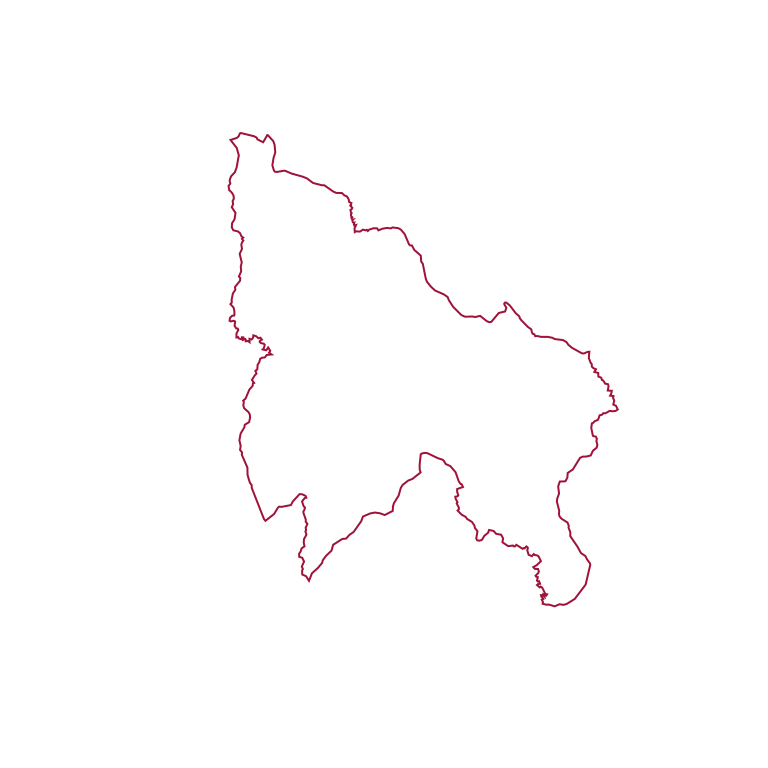 Villa Caro, Norte de Santander, Colombia, rotated 142°
{"feature_id": "7082276B29990655239758", "entity_name": "Villa Caro", "entity_type": "district", "adm_level": 2, "iso_a3": "COL", "parent_name": "Colombia", "parent_adm1": "Norte de Santander", "projection": "orthographic", "projection_center": [-72.976, 7.933], "detail": "fine", "context": "isolated", "style": "outline", "palette": "rose", "viewbox_px": 768, "rotation_deg": 142, "n_neighbors": 0, "source": "geoboundaries", "source_scale": "gbopen_adm2", "svg_char_len": 6163}
<svg xmlns="http://www.w3.org/2000/svg" viewBox="0 0 768 768"><g transform="rotate(142 384 384)"><path d="M275.7,495.3L276.8,498.0L280.9,502.1L282.8,502.4L285.6,505.2L289.8,507.4L293.8,508.5L293.6,510.9L296.4,513.2L300.8,514.8L302.5,514.5L302.6,516.1L303.7,516.2L305.6,518.6L309.1,518.9L312.0,521.5L313.5,521.7L311.4,524.8L308.1,526.5L309.8,527.2L309.5,528.3L308.0,529.4L308.8,529.7L308.9,530.9L308.1,532.5L307.2,532.6L307.8,532.9L307.5,534.8L306.3,534.9L306.6,536.3L305.7,537.9L304.3,538.6L304.5,539.4L303.2,541.9L302.1,541.6L300.5,542.3L300.7,544.1L300.1,544.8L300.6,545.4L298.3,546.6L299.4,549.0L298.2,551.0L297.7,554.5L299.1,557.1L299.6,560.4L304.0,564.0L305.6,567.1L308.7,577.4L310.5,578.8L316.1,586.0L318.2,593.6L320.6,597.7L327.1,606.5L330.9,613.3L337.8,617.0L339.3,618.5L339.3,620.0L337.3,625.1L331.8,630.2L327.1,633.4L322.9,640.0L321.7,643.6L322.3,651.5L322.7,652.0L330.4,648.9L333.1,654.6L332.7,656.6L333.9,659.3L342.2,669.8L343.3,670.2L346.0,668.7L348.3,668.5L354.7,670.8L354.7,660.7L357.6,653.6L366.8,645.4L371.1,642.7L376.7,641.8L380.3,639.5L381.7,636.6L384.6,635.7L386.6,632.2L386.1,628.5L386.5,625.2L388.3,622.4L390.6,621.4L392.3,618.5L395.1,617.1L395.7,610.2L400.4,605.8L404.8,604.2L407.5,601.1L408.1,597.9L405.2,594.2L404.6,591.5L405.4,588.0L404.8,586.0L406.6,585.8L406.6,583.6L408.7,583.0L410.7,581.6L412.7,577.9L417.6,575.4L421.3,567.3L424.5,564.8L427.2,560.7L432.2,558.0L432.0,556.0L433.9,554.0L441.7,552.2L443.1,549.8L447.3,548.4L452.0,544.4L453.9,541.8L455.8,541.5L455.5,536.9L456.8,533.9L459.2,530.6L460.0,530.2L461.6,531.3L464.7,530.9L466.8,528.9L466.3,527.7L463.4,526.3L462.8,524.9L465.9,521.9L466.2,518.8L465.1,517.6L465.5,516.3L469.2,514.6L471.6,511.5L470.1,510.9L470.4,509.4L468.6,506.7L467.2,508.3L466.1,507.3L467.7,505.5L465.7,505.1L465.6,504.2L466.7,502.8L464.7,501.6L464.2,499.7L462.2,502.4L461.0,500.6L458.7,501.0L457.0,502.8L455.3,500.3L454.8,497.4L452.9,496.6L452.9,494.1L455.1,494.4L456.0,493.8L455.9,492.2L453.9,489.7L453.9,488.2L456.7,486.2L458.3,485.9L456.1,483.1L452.8,484.1L453.2,480.2L455.3,479.5L454.4,476.5L458.6,479.1L461.5,478.3L464.0,479.8L466.0,480.1L468.8,478.0L471.7,477.0L474.9,473.5L477.2,473.6L478.1,470.7L480.8,470.3L485.6,468.5L485.7,464.8L487.0,465.2L488.6,463.4L493.5,462.5L502.1,457.7L505.2,457.6L505.5,456.2L508.2,453.5L509.1,451.1L508.1,445.2L508.6,442.4L510.2,440.0L513.7,437.0L518.8,437.6L520.6,435.9L527.5,433.2L532.6,428.7L535.1,423.4L538.0,420.7L538.0,417.5L539.6,415.8L543.1,402.2L547.4,396.5L549.2,392.2L550.5,388.6L550.5,385.9L552.2,383.5L561.7,351.6L561.7,349.2L550.7,349.2L543.9,351.8L542.1,351.9L540.3,350.2L531.9,345.9L528.1,347.6L518.3,349.2L516.4,347.5L514.7,344.2L515.2,342.2L516.8,342.9L520.9,341.9L522.6,337.1L522.3,335.4L523.7,334.1L526.1,333.1L526.9,331.9L529.1,325.3L530.5,323.6L530.5,320.9L534.3,318.9L535.3,316.8L536.6,316.3L537.9,313.0L542.6,311.0L544.9,308.4L546.6,305.0L550.1,305.2L552.9,303.3L555.3,302.6L557.2,300.1L555.4,297.4L556.3,293.3L561.2,290.7L561.8,288.2L563.5,287.3L565.7,284.2L563.7,280.4L564.3,275.1L557.3,279.2L549.5,279.7L542.9,281.1L540.8,282.8L535.3,284.3L528.0,285.0L523.0,288.6L512.3,287.6L509.0,285.5L504.2,286.4L499.0,286.1L486.4,289.9L482.2,292.5L474.8,290.6L470.3,288.3L466.7,284.5L464.1,280.3L455.3,278.6L452.2,282.1L449.5,284.0L441.1,287.1L434.7,291.8L431.5,293.0L424.3,293.0L420.1,291.7L409.6,291.8L408.5,294.7L405.3,298.8L398.3,306.0L396.3,305.7L393.7,304.2L392.1,302.3L387.2,292.3L384.6,288.5L384.1,286.9L384.6,282.9L382.3,278.5L381.9,270.5L385.0,261.3L385.2,258.1L384.5,257.1L385.2,254.2L391.0,256.2L392.7,254.1L394.0,250.5L395.3,250.3L397.2,251.3L398.2,249.5L398.8,245.7L400.2,245.2L401.2,240.3L402.3,239.1L403.9,239.0L403.3,233.3L401.5,229.1L401.6,226.6L399.6,221.1L399.9,216.8L401.0,214.6L401.0,210.4L406.4,205.5L406.8,203.5L405.2,201.7L402.7,200.9L398.4,202.6L393.5,202.7L391.1,204.3L388.1,200.7L387.9,197.0L384.5,193.1L385.2,189.0L388.1,186.4L386.0,179.8L381.8,177.3L381.8,176.3L380.8,175.4L378.7,175.8L376.2,168.7L374.8,168.6L374.4,167.9L371.8,168.4L371.6,168.0L371.5,166.3L373.5,164.7L375.2,160.3L373.4,157.3L370.7,157.8L370.5,156.5L368.7,154.4L368.3,153.2L369.4,147.8L375.3,147.2L379.1,147.8L379.0,145.5L376.5,143.3L377.5,140.8L378.7,140.1L382.6,139.6L382.7,138.5L381.7,137.1L384.5,134.9L384.4,133.7L383.2,133.1L384.0,130.5L385.8,131.5L387.2,131.4L386.5,127.8L385.2,127.9L384.7,126.2L386.0,119.8L385.9,118.6L385.0,117.9L386.4,117.3L387.7,119.9L388.5,117.8L389.0,120.1L390.3,121.0L390.9,119.5L390.7,116.5L392.5,116.8L392.9,114.4L394.3,113.2L391.9,110.1L389.8,108.6L386.4,103.7L381.3,102.4L378.7,99.6L375.6,98.2L366.0,97.2L348.6,101.8L332.8,114.5L332.1,115.9L332.0,120.7L331.2,124.4L332.9,129.5L331.7,136.6L330.9,149.4L328.5,152.4L327.0,157.2L325.7,158.5L324.7,161.8L327.1,168.8L327.2,171.7L326.2,173.8L324.0,176.2L320.1,185.0L317.7,187.3L313.5,189.9L309.8,196.1L305.5,198.9L301.1,195.7L300.5,195.8L297.1,197.4L294.0,200.8L287.8,200.4L275.0,205.1L272.0,204.4L269.3,202.3L265.1,200.4L260.5,202.8L255.6,202.9L253.3,204.7L251.7,208.4L249.9,209.9L249.5,212.1L251.2,214.2L251.0,215.2L247.7,221.8L244.4,225.0L243.1,224.6L241.0,225.0L237.4,224.0L233.3,226.6L231.2,225.6L229.2,226.0L227.6,224.6L222.7,223.9L220.6,221.7L218.0,220.2L215.5,220.0L214.6,224.0L216.0,226.6L212.8,229.1L212.1,232.0L210.6,233.2L213.0,235.6L210.7,236.6L208.7,238.4L211.7,241.1L208.4,244.0L207.6,246.0L209.5,248.1L209.1,251.8L209.8,253.1L208.9,255.2L210.5,257.9L208.4,260.8L210.8,264.0L207.9,265.1L209.2,267.4L209.5,269.7L208.0,271.9L208.1,273.5L206.6,278.4L202.3,283.0L203.9,284.0L207.7,285.0L209.2,286.4L213.6,296.9L214.6,301.4L214.4,304.7L215.9,308.4L221.8,314.3L222.8,316.7L226.0,320.4L231.4,324.6L233.5,327.3L235.4,328.6L234.9,330.7L235.8,331.8L235.8,333.3L234.3,336.4L235.5,340.4L236.5,349.5L236.5,352.2L235.7,354.0L236.6,358.6L236.5,368.6L237.5,372.9L238.8,373.7L240.0,373.1L240.7,368.7L243.9,366.6L249.8,369.3L261.2,366.9L262.9,367.8L264.3,370.2L266.3,378.5L271.0,380.7L272.8,382.8L278.7,387.1L280.6,390.7L282.0,402.2L281.3,410.1L280.3,413.4L281.7,417.8L286.2,426.2L287.1,431.7L287.2,437.9L286.4,440.9L279.4,454.9L279.3,457.6L276.0,462.5L277.6,471.1L276.7,475.9L278.1,477.2L278.3,478.7L275.4,489.5L275.7,495.3Z" fill="none" stroke="#9f1239" stroke-width="2"/></g></svg>